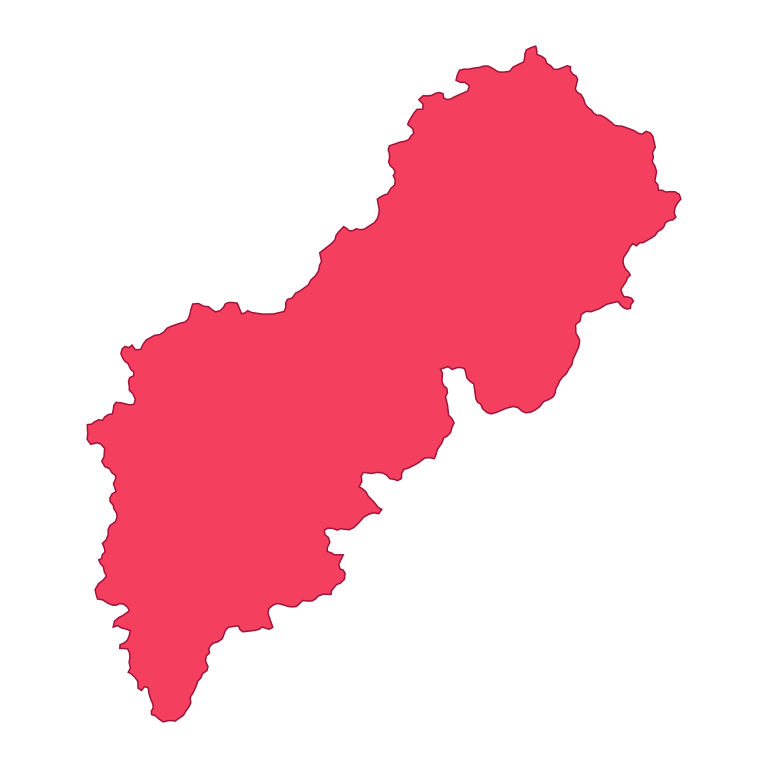 Itambacuri, Minas Gerais, Brazil (orthographic projection)
{"feature_id": "56859067B80184588118142", "entity_name": "Itambacuri", "entity_type": "district", "adm_level": 2, "iso_a3": "BRA", "parent_name": "Brazil", "parent_adm1": "Minas Gerais", "projection": "orthographic", "projection_center": [-41.849, -18.177], "detail": "fine", "context": "isolated", "style": "filled", "palette": "rose", "viewbox_px": 768, "rotation_deg": 0, "n_neighbors": 0, "source": "geoboundaries", "source_scale": "gbopen_adm2", "svg_char_len": 6064}
<svg xmlns="http://www.w3.org/2000/svg" viewBox="0 0 768 768"><path d="M113.4,483.6L116.0,491.5L112.1,493.9L109.9,498.1L110.1,501.6L113.2,505.2L113.9,508.8L116.3,512.5L117.2,516.9L115.4,521.6L110.0,525.5L108.1,529.7L108.2,534.8L106.1,539.9L102.4,543.4L104.3,547.8L105.0,551.9L102.2,554.9L101.7,558.5L98.7,559.8L100.4,563.6L103.3,566.8L104.4,572.1L106.5,576.0L103.3,579.9L98.5,583.7L95.1,589.7L96.2,594.7L97.5,599.0L102.8,599.9L107.8,603.2L112.3,605.1L115.8,605.3L119.8,603.6L123.8,604.2L127.6,607.2L129.4,610.9L122.3,615.8L118.9,617.4L114.5,621.1L113.2,627.1L117.7,625.6L121.4,627.9L125.9,629.0L130.2,630.7L129.2,635.8L127.5,639.9L124.6,642.7L120.0,644.8L119.8,648.4L127.6,648.8L129.3,652.3L130.0,656.5L129.1,662.5L130.4,668.1L128.2,672.3L131.3,673.8L134.6,676.9L137.9,681.5L138.0,688.1L141.5,690.5L144.5,686.6L148.2,687.8L149.0,693.5L150.7,699.2L152.9,704.3L153.2,707.9L151.3,711.2L151.6,714.6L155.2,715.7L158.6,718.7L163.1,721.9L168.1,720.7L171.8,720.6L175.1,721.1L183.6,715.1L185.4,711.7L188.6,707.4L190.8,702.9L190.2,697.4L193.4,692.2L196.1,686.3L197.8,681.1L200.7,678.1L202.5,673.7L207.0,670.5L208.0,666.5L205.5,661.1L206.2,656.1L209.6,652.8L208.7,649.5L210.3,645.7L213.4,643.1L218.1,641.7L222.3,638.7L225.4,630.5L228.5,627.2L238.3,625.8L240.1,629.7L242.8,631.8L254.8,630.4L259.2,629.3L262.1,627.0L269.0,629.3L272.8,627.4L268.0,613.4L268.7,609.0L272.6,605.4L276.3,603.7L279.7,603.8L288.5,606.5L292.4,606.9L296.4,606.5L302.8,600.5L307.6,601.0L312.2,600.9L315.3,599.1L318.2,596.1L323.1,594.1L331.0,594.5L331.4,591.0L333.9,587.7L336.7,584.5L340.5,583.1L344.4,579.2L345.1,573.4L343.3,570.2L340.1,568.9L338.7,564.4L343.3,554.8L334.4,554.8L331.5,552.9L327.3,551.5L327.3,547.6L329.8,542.2L328.4,537.5L325.0,534.8L324.3,530.3L327.8,528.1L332.6,528.4L337.4,530.1L340.6,528.7L349.0,529.8L353.7,527.6L357.5,524.1L363.7,517.2L368.7,514.3L373.7,512.8L378.8,513.7L381.8,509.4L378.3,507.5L373.5,501.5L368.2,496.2L366.0,491.9L362.4,488.7L359.1,486.7L361.8,481.5L361.2,476.1L363.4,472.4L371.7,473.5L376.7,472.4L382.5,472.9L386.4,474.9L389.9,478.7L394.0,479.3L397.5,480.6L401.4,478.6L401.6,473.5L403.9,469.4L408.0,468.2L414.6,465.0L418.4,462.8L424.6,458.1L429.5,457.6L434.3,458.7L436.0,454.7L437.3,449.6L441.9,442.8L443.7,437.9L447.1,436.1L450.6,432.5L451.8,427.7L454.1,422.9L452.1,418.7L448.6,415.1L447.5,405.2L445.5,396.7L447.5,392.8L446.8,388.3L443.6,385.6L441.9,381.3L442.5,373.2L440.3,369.2L448.2,366.7L452.1,369.5L457.2,367.6L461.2,367.6L464.7,368.7L467.0,378.0L469.7,381.1L473.8,384.0L475.9,398.9L477.7,402.4L480.7,404.1L482.5,408.6L486.9,412.5L491.1,413.9L496.5,412.4L506.3,408.2L513.3,406.5L517.8,407.5L522.4,411.4L525.9,412.8L530.6,412.2L535.1,410.0L539.2,407.1L543.8,401.5L548.6,399.6L553.1,396.9L555.1,393.4L555.8,388.7L558.1,384.6L559.6,381.0L562.4,377.2L566.3,373.7L568.6,369.4L571.9,364.6L573.0,359.2L578.4,347.6L579.3,343.8L579.6,340.0L577.9,336.4L575.9,333.4L575.6,324.6L580.1,321.0L581.2,314.6L585.9,311.4L591.1,311.7L599.6,308.6L606.5,304.3L618.0,301.5L620.8,305.2L623.5,307.7L627.1,309.1L630.5,308.3L630.8,304.5L633.5,301.3L631.6,298.3L628.4,297.0L624.2,296.8L622.1,293.6L620.9,289.3L626.4,281.0L627.6,277.5L630.3,275.2L628.7,272.2L625.5,269.0L623.7,265.1L623.0,261.3L623.7,257.3L628.4,250.3L630.0,246.9L632.7,243.7L636.4,245.8L639.7,242.7L643.1,242.7L650.4,238.5L654.9,235.6L657.8,231.5L660.9,229.7L663.5,227.4L665.6,222.5L669.6,220.3L672.9,219.9L675.9,217.1L674.2,213.1L675.0,207.7L677.5,203.1L680.9,199.0L679.2,194.3L675.0,191.8L670.1,191.7L665.7,192.0L662.2,190.2L658.5,190.3L657.8,184.7L654.8,181.3L656.6,171.6L655.0,166.4L652.2,161.5L653.4,157.4L652.5,152.6L655.3,147.3L652.9,136.5L650.4,133.0L646.2,131.3L641.8,134.2L638.4,133.3L633.9,130.5L624.7,127.1L621.5,126.1L618.2,126.0L614.2,125.2L611.6,122.5L604.6,117.3L600.5,115.2L596.7,115.2L593.9,113.4L591.4,110.1L587.6,107.3L585.1,103.9L583.5,98.6L580.8,94.3L577.2,92.4L575.3,88.9L577.6,79.8L576.2,76.1L573.0,74.3L570.3,70.7L570.6,66.8L567.4,65.7L558.3,69.3L553.8,69.3L550.7,65.7L546.8,63.4L545.2,58.9L541.8,56.4L536.9,54.4L536.8,50.3L535.7,46.1L530.7,47.8L526.4,49.8L524.9,53.8L524.7,57.7L523.7,61.9L513.1,67.0L509.7,71.3L503.9,72.1L499.5,72.1L496.5,70.9L493.1,68.6L488.3,66.1L484.0,66.0L479.9,67.3L472.0,68.4L468.0,69.3L464.1,69.1L459.4,70.3L457.3,75.1L456.0,80.3L460.5,82.4L464.8,82.3L469.3,85.8L467.7,91.0L454.8,96.7L450.6,99.0L446.9,99.5L443.7,98.0L443.0,93.6L439.2,92.5L435.3,93.4L432.0,95.3L427.2,95.9L423.1,95.7L418.8,99.6L422.9,104.0L422.9,109.1L417.0,109.4L414.0,112.9L409.0,121.1L407.7,124.5L412.9,128.9L413.6,133.5L410.9,136.0L408.6,139.7L404.9,141.2L400.6,142.0L389.5,145.7L388.2,149.3L389.3,153.4L389.6,157.6L388.6,161.9L390.2,165.7L393.6,168.7L395.2,172.8L393.2,175.6L395.2,179.6L394.8,184.9L390.9,188.3L387.6,193.9L383.3,195.4L380.2,197.1L377.3,199.2L379.2,209.2L378.9,213.9L377.3,218.6L374.6,222.5L363.9,229.4L359.5,229.6L356.3,228.7L352.6,230.8L349.2,230.7L346.7,228.5L343.7,226.6L338.4,232.1L336.0,235.5L334.9,240.0L330.8,244.1L319.7,252.8L321.5,261.2L319.5,265.6L318.6,270.8L315.6,275.6L310.8,280.1L308.2,285.0L300.5,290.6L295.6,293.1L292.2,298.0L287.4,299.4L285.7,302.9L285.7,307.6L284.1,311.5L273.2,314.0L262.6,314.1L251.7,312.5L247.7,310.7L244.7,313.0L241.5,313.6L237.3,303.2L232.5,302.5L228.5,302.5L225.4,303.8L223.5,307.4L220.3,310.5L215.6,311.9L211.5,309.3L208.6,306.7L203.6,306.2L198.5,303.5L192.7,304.0L190.9,309.5L189.7,315.1L187.9,319.4L184.9,322.1L180.1,323.2L171.1,326.3L167.0,328.2L163.8,332.1L159.5,334.7L154.7,335.3L146.3,339.9L143.0,344.3L140.7,349.4L135.4,349.8L132.0,345.1L129.0,347.6L124.9,346.4L122.1,349.0L120.9,353.7L122.5,357.7L124.8,361.3L128.2,363.7L130.6,369.3L133.9,372.1L133.5,375.9L129.7,377.6L128.5,381.4L129.3,386.4L129.3,390.2L132.9,393.8L135.4,399.5L133.8,404.4L129.3,404.8L121.5,402.9L116.1,402.3L113.8,405.4L113.4,409.3L112.4,413.8L108.3,414.6L104.7,417.0L102.6,420.3L98.5,419.8L94.2,422.1L91.5,424.2L87.4,424.6L87.4,428.8L87.8,433.6L87.1,439.4L90.8,444.3L97.3,442.8L100.9,444.1L104.6,448.4L104.0,456.9L101.7,461.2L104.9,466.7L109.4,468.6L111.9,472.7L115.9,475.9L115.3,479.6L113.4,483.6Z" fill="#f43f5e" stroke="#9f1239" stroke-width="1.5"/></svg>